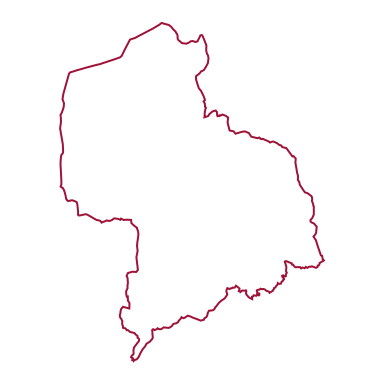 the district of Nyaung-U, Mandalay, Myanmar
{"feature_id": "60261553B51345078390617", "entity_name": "Nyaung-U", "entity_type": "district", "adm_level": 2, "iso_a3": "MMR", "parent_name": "Myanmar", "parent_adm1": "Mandalay", "projection": "natural_earth1", "projection_center": [95.197, 20.928], "detail": "fine", "context": "isolated", "style": "outline", "palette": "rose", "viewbox_px": 384, "rotation_deg": 0, "n_neighbors": 0, "source": "geoboundaries", "source_scale": "gbopen_adm2", "svg_char_len": 5999}
<svg xmlns="http://www.w3.org/2000/svg" viewBox="0 0 384 384"><path d="M323.9,260.5L323.6,260.0L322.7,259.4L322.5,257.8L322.1,255.8L320.9,255.4L317.9,246.6L315.9,240.2L313.5,236.6L315.5,234.1L316.1,232.8L316.7,226.7L314.1,223.6L311.5,222.4L310.5,221.5L310.5,220.0L312.2,218.1L312.7,217.0L313.8,214.6L313.8,206.3L313.3,205.7L313.3,205.3L313.2,204.5L312.6,202.6L312.0,201.1L311.9,200.9L312.1,199.7L312.2,199.2L312.0,197.9L311.9,197.0L311.4,196.1L307.4,193.1L304.9,192.4L302.1,188.3L299.8,184.7L299.2,181.8L297.9,180.1L298.0,175.9L297.0,172.3L296.4,168.2L295.4,162.8L295.6,160.1L295.7,158.5L293.5,156.1L292.4,156.4L286.4,148.2L283.2,147.3L282.2,147.0L281.3,145.5L279.0,144.8L277.3,143.3L274.0,141.8L273.4,141.6L272.4,141.6L270.0,142.5L269.0,141.6L262.7,138.8L262.1,139.2L260.4,138.8L260.3,138.3L259.1,137.5L257.6,138.2L251.3,136.7L248.8,133.0L244.9,131.4L241.9,131.8L235.5,133.7L233.6,131.3L229.6,130.5L227.6,122.7L228.1,117.6L225.9,115.9L222.4,114.5L221.6,115.0L220.9,115.3L220.8,115.5L220.5,115.6L220.4,115.3L220.1,115.2L219.6,115.3L219.4,115.5L219.3,115.9L219.1,116.1L218.0,115.8L217.5,116.1L217.3,115.8L217.3,115.1L217.3,114.8L217.1,114.7L216.9,112.0L215.6,110.5L212.4,111.5L209.3,114.2L208.1,116.1L204.4,117.3L204.6,116.0L204.9,115.9L204.6,113.8L205.3,109.2L206.0,107.8L205.7,107.3L205.0,106.7L204.9,103.7L203.6,101.4L205.0,100.0L203.5,95.9L201.0,90.8L198.8,88.2L197.4,83.9L196.1,79.7L196.0,76.2L199.1,73.8L200.1,72.8L200.6,72.0L200.9,71.5L202.6,70.8L204.0,69.9L206.0,66.7L207.9,63.1L208.5,58.4L208.0,55.5L206.7,53.0L206.2,50.0L206.4,45.4L205.3,42.6L202.8,36.3L201.8,35.0L200.4,35.4L199.3,37.8L197.4,41.4L195.6,42.0L192.6,41.0L190.7,41.3L188.9,42.6L186.3,43.7L181.9,43.1L179.5,40.9L178.8,40.5L178.5,40.2L178.1,39.6L177.9,39.3L177.8,39.0L177.7,38.7L177.6,38.3L177.6,37.3L177.6,37.0L177.6,36.3L177.5,36.0L177.5,35.6L177.5,35.3L177.3,34.8L177.3,34.6L177.1,34.1L176.6,33.3L176.3,33.1L175.9,32.3L175.7,31.8L175.4,31.4L174.4,30.5L174.2,30.2L173.6,29.8L171.2,26.8L168.9,25.0L161.4,23.0L159.4,24.7L152.8,28.6L139.0,35.8L135.2,37.9L130.0,39.6L124.5,50.1L121.8,55.7L120.3,57.2L117.6,58.2L110.0,60.8L102.9,63.1L99.1,64.4L97.6,64.6L87.0,67.4L76.9,70.3L69.9,72.5L69.0,73.8L63.4,93.7L62.5,99.2L64.0,103.3L63.7,107.0L62.0,112.2L60.5,115.1L60.8,117.0L61.0,121.6L60.1,128.5L62.8,144.2L63.1,151.3L62.9,153.1L61.2,155.3L60.7,159.8L60.5,164.1L61.3,179.2L61.4,184.4L60.6,186.6L61.7,187.5L62.5,187.7L64.1,190.2L64.2,190.8L65.0,193.3L65.6,195.7L66.0,198.0L66.1,198.8L67.5,200.7L68.1,201.0L69.5,200.8L72.0,200.2L74.9,201.2L76.7,202.2L77.4,204.7L78.1,211.9L78.0,214.7L78.8,215.5L81.3,215.2L84.8,214.3L86.6,214.4L87.6,214.8L92.5,217.6L94.1,218.6L96.7,220.0L99.1,220.4L100.6,221.1L101.5,222.6L104.8,221.3L106.8,220.4L108.4,220.9L110.2,220.8L112.3,219.8L113.9,218.5L114.7,218.4L118.2,218.9L120.3,219.8L121.0,218.6L123.7,220.0L126.3,219.7L131.1,219.9L131.4,223.1L134.4,225.9L137.0,227.8L137.0,228.4L138.0,231.1L138.4,233.7L138.2,236.4L137.1,244.2L137.2,244.5L137.0,245.6L137.6,250.9L136.4,257.3L137.9,269.9L136.2,272.0L132.4,271.7L128.0,273.0L126.6,275.8L126.8,276.6L127.3,277.2L127.5,278.1L127.7,279.2L127.7,280.7L127.9,282.2L127.9,283.0L127.5,285.4L127.5,288.4L126.2,291.0L126.2,293.9L126.8,296.7L127.8,296.5L127.9,300.6L129.5,303.2L129.3,308.5L123.0,306.8L121.3,308.8L120.6,310.9L120.4,313.3L119.8,315.1L120.1,317.4L120.8,318.2L121.2,318.8L122.0,320.4L122.3,321.2L122.2,323.4L122.3,324.6L122.9,325.9L123.0,327.8L125.5,328.4L126.8,330.2L127.9,330.1L130.0,331.9L133.4,332.8L134.5,333.0L134.7,333.3L135.3,334.2L136.3,335.0L137.1,335.6L137.5,336.1L137.6,336.8L137.5,337.7L138.1,338.0L138.8,338.6L139.2,339.7L138.8,341.3L138.1,342.2L137.5,342.8L133.9,347.7L133.4,350.7L133.5,351.6L133.6,353.8L133.0,354.8L132.3,355.1L132.0,355.7L131.4,356.2L131.0,357.2L131.8,357.9L132.9,358.3L132.4,359.3L132.3,360.0L133.3,359.8L133.6,361.0L134.7,360.0L136.9,359.2L138.7,356.9L140.4,353.2L142.8,349.1L145.0,346.5L146.5,343.7L149.8,341.7L152.3,338.9L152.8,337.5L152.4,333.6L152.4,332.1L152.2,330.7L152.4,329.6L153.2,329.2L154.6,330.1L156.9,329.1L157.5,328.3L158.9,329.0L160.0,329.3L160.8,329.2L161.8,328.8L162.8,328.0L163.6,327.4L164.6,327.5L168.9,327.9L171.6,326.3L173.5,323.8L175.8,323.4L178.0,322.3L178.6,320.9L180.7,318.7L181.5,317.2L182.5,317.8L183.4,318.2L184.2,318.0L187.8,315.7L190.5,316.5L193.4,317.9L196.2,318.8L200.7,320.6L203.8,319.8L204.5,318.2L206.3,317.2L207.2,315.6L207.8,312.9L209.0,310.7L212.4,310.4L214.1,309.5L215.2,307.6L215.3,307.1L216.0,306.7L218.9,302.8L221.3,300.7L224.7,298.4L226.5,295.8L227.3,294.4L226.4,291.5L226.5,290.1L227.4,288.1L229.4,289.1L230.5,288.4L231.6,288.4L232.6,287.6L233.2,287.8L234.8,287.5L236.0,285.7L239.5,288.5L239.3,289.8L238.9,291.0L239.7,290.9L240.3,292.1L242.3,290.5L244.9,290.7L245.9,290.3L246.2,290.7L246.3,291.6L246.1,292.6L246.0,293.3L246.3,294.2L246.8,295.0L247.7,296.0L248.1,296.6L249.2,297.6L250.7,298.4L252.2,299.1L252.2,298.5L252.0,297.3L252.0,296.7L253.1,296.4L253.7,295.3L256.2,295.8L256.7,294.9L257.5,294.7L258.2,295.2L258.9,295.4L259.3,295.0L259.4,294.2L259.2,293.5L258.4,293.3L257.6,293.3L257.2,293.3L257.3,291.9L256.8,291.3L256.8,290.5L257.4,289.9L259.6,289.6L260.4,288.7L261.4,289.1L263.5,289.0L264.3,289.3L265.0,289.5L266.3,290.8L268.7,291.5L269.1,291.9L269.5,292.8L272.9,290.7L273.1,290.0L273.6,289.7L274.1,288.0L275.4,287.5L275.9,286.3L277.0,285.3L277.5,284.6L277.8,283.1L279.1,283.9L281.0,283.6L281.5,281.9L282.0,281.4L282.7,281.1L283.3,279.6L284.0,279.4L284.0,278.6L283.5,277.9L283.3,277.4L282.6,277.2L282.3,276.8L282.5,276.2L282.2,275.8L283.1,275.3L285.1,276.4L285.8,276.3L285.9,275.4L285.9,274.1L286.8,272.7L286.0,271.2L286.4,267.0L285.5,263.8L284.8,261.7L285.3,261.2L286.1,261.1L291.6,263.3L291.5,263.6L291.8,263.9L292.1,264.6L292.8,264.6L293.3,264.8L293.5,265.5L293.8,265.8L295.2,267.2L300.1,267.1L301.1,268.4L302.3,267.6L302.5,267.7L303.7,267.8L304.7,268.2L305.8,266.9L307.3,267.9L309.1,266.7L310.7,266.8L311.9,266.3L315.9,267.8L317.5,267.0L317.7,265.6L318.6,265.5L319.1,264.9L319.5,263.9L319.6,263.0L323.9,260.5Z" fill="none" stroke="#9f1239" stroke-width="2"/></svg>